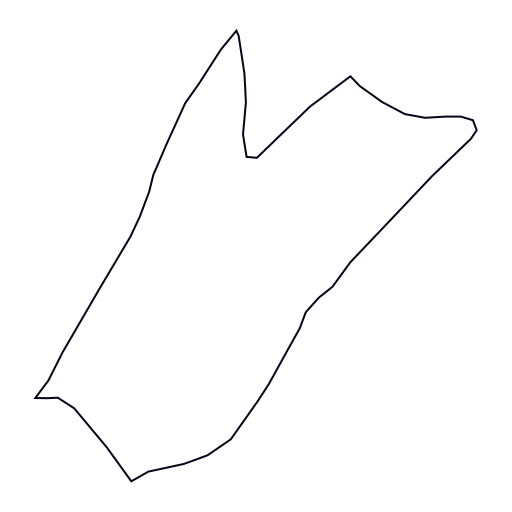 outline of Al-Thawra, Baghdad, Iraq
{"feature_id": "34846034B91170973982462", "entity_name": "Al-Thawra", "entity_type": "district", "adm_level": 2, "iso_a3": "IRQ", "parent_name": "Iraq", "parent_adm1": "Baghdad", "projection": "equal_earth", "projection_center": [44.467, 33.386], "detail": "fine", "context": "isolated", "style": "outline", "palette": "ink", "viewbox_px": 512, "rotation_deg": 0, "n_neighbors": 0, "source": "geoboundaries", "source_scale": "gbopen_adm2", "svg_char_len": 860}
<svg xmlns="http://www.w3.org/2000/svg" viewBox="0 0 512 512"><path d="M35.3,398.0L46.9,398.2L57.8,397.7L74.2,408.3L106.9,447.5L131.3,481.3L148.4,471.6L184.0,463.9L207.5,455.3L230.8,439.3L257.5,401.5L268.7,384.3L287.7,349.9L299.8,328.2L305.8,312.2L318.8,297.7L332.4,286.8L350.3,262.3L394.4,215.9L432.2,176.0L471.0,138.7L476.7,130.2L472.9,120.2L460.9,116.6L445.3,116.6L425.1,117.8L404.9,114.1L381.9,101.9L369.2,92.8L359.8,86.1L350.4,76.3L339.7,84.3L330.1,91.5L321.2,98.2L310.2,106.4L304.6,111.8L299.1,117.1L278.3,137.1L262.9,152.0L256.9,157.8L246.6,156.9L243.0,134.5L245.9,102.5L245.1,86.0L244.4,73.4L241.0,51.0L239.5,41.3L238.6,35.6L236.4,30.7L221.0,49.4L198.8,83.9L185.3,103.0L166.3,144.7L157.4,165.5L153.4,174.6L149.2,191.6L139.9,216.4L130.5,236.5L99.4,288.9L62.2,353.0L60.9,355.7L48.4,380.5L35.3,398.0Z" fill="none" stroke="#020617" stroke-width="2"/></svg>